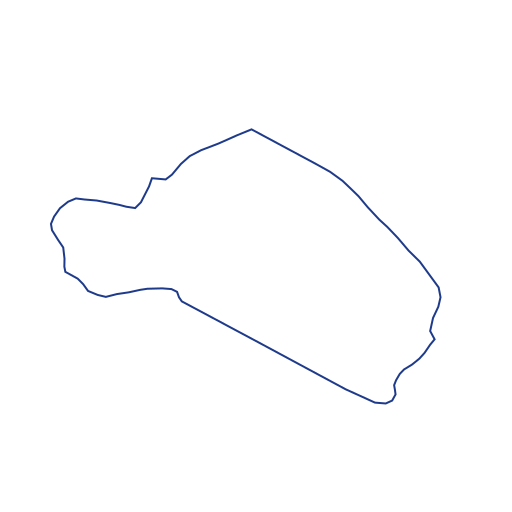 Lèkabi-Lèwolo, Haut-Ogooué, Gabon (Albers equal-area conic projection), rotated 298°
{"feature_id": "22940354B94372756375204", "entity_name": "Lèkabi-Lèwolo", "entity_type": "district", "adm_level": 2, "iso_a3": "GAB", "parent_name": "Gabon", "parent_adm1": "Haut-Ogooué", "projection": "albers", "projection_center": [13.716, -1.334], "detail": "fine", "context": "isolated", "style": "outline", "palette": "blue", "viewbox_px": 512, "rotation_deg": 298, "n_neighbors": 0, "source": "geoboundaries", "source_scale": "gbopen_adm2", "svg_char_len": 1053}
<svg xmlns="http://www.w3.org/2000/svg" viewBox="0 0 512 512"><g transform="rotate(298 256 256)"><path d="M365.7,192.6L353.7,182.6L337.7,170.1L323.7,157.9L313.1,150.6L302.1,146.5L288.4,143.6L281.2,140.3L275.8,127.6L267.2,128.9L249.4,129.2L241.6,126.8L238.6,118.3L237.0,111.5L234.4,102.6L230.2,89.3L225.4,78.1L222.3,70.0L215.7,64.6L206.2,60.5L196.0,59.2L188.1,59.9L183.0,63.8L177.4,73.5L173.0,81.8L163.7,88.2L156.6,91.8L152.5,95.1L152.3,109.2L150.0,116.6L146.3,124.1L147.3,134.5L149.4,142.6L157.1,151.1L164.1,160.6L171.8,169.7L176.1,175.5L183.4,188.4L187.1,196.9L187.3,203.1L183.4,207.4L181.1,211.8L180.9,302.2L180.4,397.7L182.4,429.9L186.7,439.8L192.3,444.1L199.3,444.2L202.8,441.7L206.8,438.6L212.1,438.0L219.4,438.3L225.4,440.0L233.3,444.7L242.0,448.4L249.5,450.3L259.4,451.4L266.3,452.8L271.5,445.0L284.4,441.4L296.8,440.8L306.2,438.3L314.0,432.0L327.9,403.3L332.4,388.2L338.5,372.8L343.3,358.3L346.0,347.8L351.5,331.8L356.9,318.5L359.9,308.2L363.0,297.1L365.1,282.0L365.4,266.0L365.7,192.6Z" fill="none" stroke="#1e3a8a" stroke-width="2"/></g></svg>